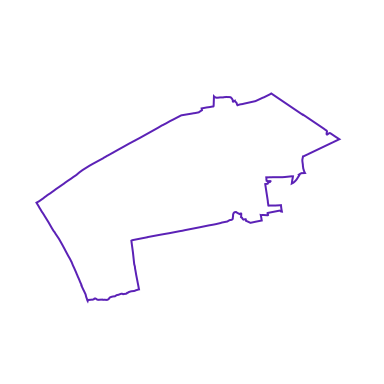 outline of Valcele, Olt, Romania, rotated 169°
{"feature_id": "2599482B83883169755086", "entity_name": "Valcele", "entity_type": "district", "adm_level": 2, "iso_a3": "ROU", "parent_name": "Romania", "parent_adm1": "Olt", "projection": "equal_earth", "projection_center": [24.572, 44.303], "detail": "fine", "context": "isolated", "style": "outline", "palette": "violet", "viewbox_px": 384, "rotation_deg": 169, "n_neighbors": 0, "source": "geoboundaries", "source_scale": "gbopen_adm2", "svg_char_len": 5892}
<svg xmlns="http://www.w3.org/2000/svg" viewBox="0 0 384 384"><g transform="rotate(169 192 192)"><path d="M272.7,242.1L278.5,240.3L280.4,239.7L284.2,238.5L287.5,237.4L293.5,235.1L295.3,234.4L298.7,232.8L300.3,231.9L302.2,230.8L303.6,230.2L305.6,229.4L308.1,228.2L312.0,226.6L314.9,225.3L315.8,224.8L325.0,220.8L327.4,219.6L329.2,218.8L331.5,217.7L332.6,217.3L334.6,216.5L335.9,215.8L337.7,215.0L339.3,214.1L340.5,213.6L342.7,212.6L344.1,212.0L346.7,211.2L346.3,210.1L345.2,207.1L344.7,205.5L344.3,204.5L344.0,203.7L343.7,202.8L343.1,201.1L342.6,200.1L341.5,197.3L341.1,196.1L340.8,195.4L338.6,189.6L336.4,183.1L335.5,180.7L335.0,179.5L334.7,179.1L334.5,178.7L334.0,177.2L333.4,175.8L332.0,172.5L331.6,171.6L331.0,169.8L330.7,168.9L330.0,166.8L329.5,165.3L327.8,159.9L327.5,158.8L325.8,153.3L325.4,152.1L324.7,150.1L324.3,148.8L323.8,146.9L323.7,146.8L323.4,145.4L322.9,142.7L322.2,140.0L321.8,138.2L321.1,135.1L320.7,133.0L320.5,132.3L320.2,130.6L319.8,129.1L319.6,128.1L319.4,127.3L319.0,125.1L318.4,122.6L318.2,121.3L318.4,121.2L318.1,120.0L317.2,116.4L316.9,115.4L316.6,114.2L316.2,112.6L316.0,111.8L315.9,109.3L315.5,106.8L315.4,105.5L315.2,104.9L315.0,105.3L314.6,105.6L314.0,105.8L313.8,105.8L313.6,105.8L313.1,105.6L312.8,105.6L311.2,105.5L310.2,105.3L309.9,105.3L309.0,105.4L308.5,105.6L308.3,105.9L308.0,106.0L307.6,106.0L307.4,106.0L306.9,105.7L306.5,105.4L306.3,105.1L306.0,104.8L305.7,104.6L305.5,104.4L304.5,104.0L303.6,103.9L302.5,103.8L301.3,103.6L301.0,103.6L300.6,103.5L300.6,103.4L299.7,103.1L299.0,103.0L298.3,102.9L297.9,102.8L296.9,102.5L296.1,102.3L295.5,102.4L295.0,102.5L294.7,102.6L294.0,103.0L293.3,103.7L293.0,104.0L292.4,104.2L292.1,104.3L290.4,104.5L289.6,104.5L288.9,104.5L288.2,104.4L287.7,104.3L287.4,104.4L286.9,104.6L286.3,104.9L285.9,105.0L285.2,105.2L284.8,105.2L284.3,105.1L283.4,105.2L281.8,105.5L280.7,105.6L280.1,105.5L279.9,105.4L279.6,105.2L279.3,104.9L279.0,104.8L278.6,104.9L276.3,104.7L275.6,104.8L275.4,104.9L275.2,105.2L275.0,105.3L274.8,105.4L274.4,105.3L274.0,105.4L273.4,105.8L273.0,105.8L272.6,105.9L271.2,106.1L270.1,106.1L269.0,106.0L268.1,105.9L267.5,105.9L267.1,105.9L266.1,106.2L265.1,106.3L263.3,106.5L262.6,106.5L262.6,108.6L262.6,114.1L262.6,117.6L262.6,121.5L262.5,125.4L262.5,127.8L262.3,129.7L262.5,132.2L261.5,144.0L260.9,154.6L260.8,155.8L260.2,156.0L259.4,156.1L258.5,156.1L256.4,156.1L254.8,156.1L252.0,156.1L250.2,156.1L249.0,156.1L245.1,156.1L244.5,156.1L244.4,156.2L242.6,156.2L230.8,156.1L225.8,156.0L222.3,155.9L217.5,155.9L211.3,155.9L209.0,155.8L206.2,155.9L204.4,155.9L202.0,155.9L200.0,155.9L198.6,155.9L194.6,155.9L191.2,155.9L181.8,156.0L177.7,155.9L174.8,155.9L169.7,156.1L168.7,156.3L166.2,156.3L164.3,156.3L163.1,156.3L162.9,156.3L161.7,156.8L161.3,156.9L160.5,157.2L159.9,157.2L159.3,157.1L158.2,157.2L157.6,157.5L157.3,157.7L157.1,158.0L156.9,158.6L156.8,159.2L156.5,159.9L156.3,160.5L156.1,161.5L155.9,162.1L155.4,163.0L155.1,163.4L154.4,163.8L154.2,164.0L152.8,164.0L152.5,163.9L152.2,163.5L150.7,162.2L150.0,161.7L149.5,161.2L149.4,161.2L149.2,161.3L148.9,161.3L148.7,161.5L148.4,161.5L148.2,161.6L147.9,161.5L147.8,161.2L148.5,158.3L148.7,158.0L148.6,157.8L148.0,157.4L147.8,157.2L147.7,156.9L147.7,156.7L147.3,155.8L147.1,155.5L146.8,155.1L146.6,155.1L145.4,155.1L145.0,155.1L144.8,155.1L144.5,155.0L144.5,154.6L144.5,153.7L144.4,153.7L144.4,153.4L140.8,150.8L140.5,150.6L139.4,150.6L134.6,150.7L132.5,150.7L129.0,150.7L128.9,153.5L128.9,156.2L128.7,156.1L127.3,156.0L126.6,155.9L125.5,155.6L123.7,155.1L122.1,154.7L121.8,154.8L121.7,154.9L121.9,156.6L121.9,156.9L121.7,157.0L121.4,157.0L111.1,157.0L109.8,157.0L109.3,156.9L109.0,156.8L108.9,156.6L108.5,156.0L108.1,155.8L107.5,155.6L107.5,157.7L107.4,159.7L107.2,162.1L109.1,162.3L112.7,162.8L118.5,163.9L119.0,163.9L119.4,164.0L119.6,164.1L119.6,164.6L119.6,164.9L119.5,165.8L119.5,167.1L119.3,168.7L119.1,173.9L119.0,176.4L118.8,181.5L118.6,185.8L116.2,185.7L116.0,185.8L115.7,186.4L115.4,186.7L115.1,186.8L114.5,186.9L113.7,186.9L113.3,187.2L112.9,187.6L113.0,187.7L113.1,187.8L114.6,188.0L115.7,188.3L116.6,188.7L116.6,190.1L116.4,190.8L116.3,192.2L107.6,190.7L103.8,189.9L100.6,189.3L98.0,189.0L91.2,188.4L89.9,188.1L90.2,187.3L90.5,186.5L91.3,184.6L92.0,182.5L92.2,181.8L92.4,181.3L90.7,181.8L89.8,182.3L89.0,182.8L88.1,183.4L87.1,184.2L86.4,184.9L84.7,186.7L84.6,186.9L84.1,187.3L83.4,188.1L83.6,188.3L83.8,188.6L82.2,189.3L81.6,189.4L81.1,189.6L80.9,189.6L80.3,189.5L78.4,189.2L77.5,189.1L77.7,189.7L77.9,190.7L78.1,191.7L78.2,193.2L78.3,193.9L78.2,195.2L78.2,196.1L78.0,197.4L77.8,200.8L77.7,201.7L77.5,202.7L76.3,205.6L76.2,205.8L75.8,205.8L75.6,205.8L74.7,206.0L37.3,215.7L40.6,218.9L44.9,223.2L45.2,223.4L45.5,223.5L45.8,223.6L46.2,223.5L47.2,223.1L48.2,222.6L48.5,222.6L48.7,222.8L48.8,223.0L48.8,223.3L48.7,223.8L48.2,225.1L48.0,225.5L47.9,225.8L48.0,226.2L48.2,226.6L50.0,228.4L50.2,228.7L57.5,236.0L68.3,246.8L68.5,246.6L95.4,273.6L96.9,273.0L103.4,271.2L104.8,271.0L107.1,270.4L112.4,269.1L123.8,268.8L125.8,268.7L127.5,268.8L128.4,268.8L129.3,268.7L130.8,268.5L131.1,269.3L131.2,270.6L131.3,271.0L131.4,271.3L132.3,272.5L132.5,272.7L132.5,273.4L133.9,273.0L134.4,272.8L134.6,273.1L134.6,273.6L134.4,274.1L134.5,274.7L134.8,275.4L134.9,275.9L135.5,276.9L135.9,277.5L136.2,277.7L137.1,278.0L139.3,278.5L140.4,278.8L141.2,278.8L142.3,279.0L143.3,278.9L146.4,279.5L148.1,279.6L149.0,279.7L149.8,279.8L150.0,279.9L151.0,280.4L151.5,280.8L152.0,281.4L152.2,281.7L154.1,273.4L154.3,272.6L154.5,272.1L154.7,271.9L156.2,272.0L157.4,272.0L158.5,272.0L161.4,272.2L166.6,272.2L166.6,270.4L168.4,269.7L170.2,268.9L174.1,268.9L175.3,269.0L177.1,269.0L184.1,269.2L187.8,269.3L188.3,269.2L196.7,266.7L200.0,265.8L205.0,264.1L205.9,263.9L207.4,263.4L208.8,263.1L213.2,261.5L232.7,255.1L244.5,251.5L249.9,249.7L256.4,247.6L259.4,246.6L267.6,243.9L268.8,243.6L270.2,243.0L271.7,242.6L272.7,242.1Z" fill="none" stroke="#5b21b6" stroke-width="2"/></g></svg>